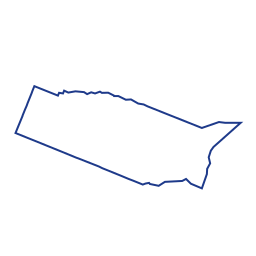 the district of Tangipahoa, Louisiana, United States of America, rotated 292°
{"feature_id": "52423323B76219766339167", "entity_name": "Tangipahoa", "entity_type": "district", "adm_level": 2, "iso_a3": "USA", "parent_name": "United States of America", "parent_adm1": "Louisiana", "projection": "orthographic", "projection_center": [-90.393, 30.617], "detail": "fine", "context": "isolated", "style": "outline", "palette": "blue", "viewbox_px": 256, "rotation_deg": 292, "n_neighbors": 0, "source": "geoboundaries", "source_scale": "gbopen_adm2", "svg_char_len": 962}
<svg xmlns="http://www.w3.org/2000/svg" viewBox="0 0 256 256"><g transform="rotate(292 128 128)"><path d="M85.7,25.6L81.2,25.6L81.2,72.5L81.1,91.4L81.2,93.1L81.4,115.5L81.1,119.2L81.1,121.1L81.1,138.8L81.0,147.6L81.1,152.4L81.1,162.9L83.1,165.1L85.0,168.1L84.3,169.3L85.9,178.1L91.9,182.4L99.2,198.1L102.5,200.9L99.9,207.2L99.7,219.1L114.8,218.4L119.8,216.7L126.0,217.4L131.1,213.8L138.0,213.3L142.5,214.4L155.8,221.0L175.0,230.5L169.2,216.1L167.6,210.1L156.1,196.9L155.7,196.5L155.7,195.9L155.5,158.5L155.4,138.0L155.7,133.7L154.5,128.3L155.6,120.1L153.4,115.4L154.0,107.1L152.4,103.1L152.8,102.7L153.3,96.4L150.8,90.6L151.2,88.4L147.7,84.5L147.3,80.5L144.1,77.4L144.8,73.8L142.3,65.5L138.5,59.4L138.7,54.8L135.7,54.8L134.8,50.9L131.8,50.9L131.7,25.5L126.6,25.5L124.1,25.6L114.5,25.6L113.4,25.6L111.0,25.7L110.0,25.7L109.8,25.7L106.6,25.6L102.6,25.6L102.2,25.6L101.9,25.6L99.9,25.6L99.7,25.7L85.7,25.6Z" fill="none" stroke="#1e3a8a" stroke-width="2"/></g></svg>